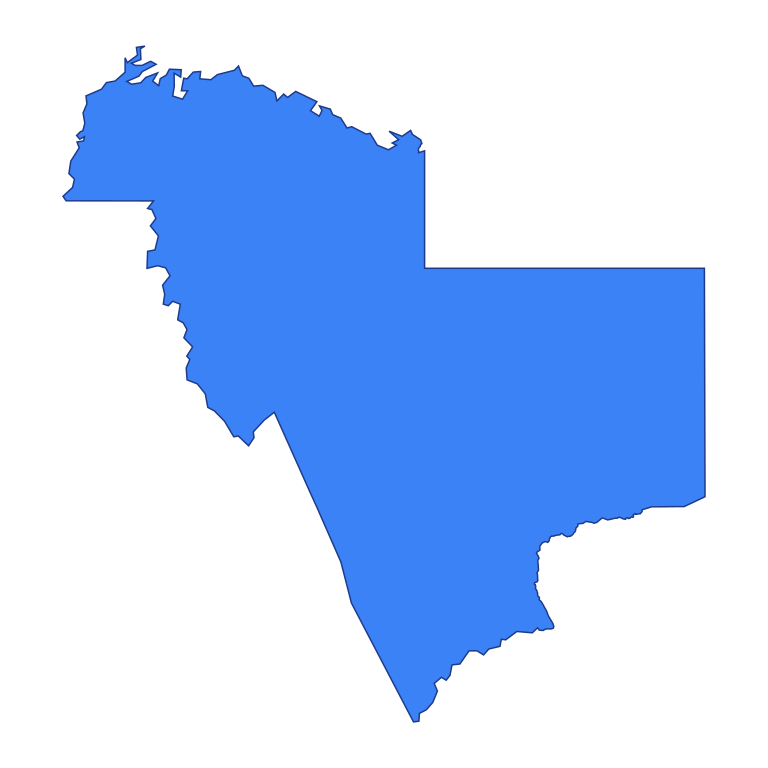 outline of Gila, Arizona, United States of America
{"feature_id": "52423323B99315051552268", "entity_name": "Gila", "entity_type": "district", "adm_level": 2, "iso_a3": "USA", "parent_name": "United States of America", "parent_adm1": "Arizona", "projection": "robinson", "projection_center": [-110.874, 33.741], "detail": "fine", "context": "isolated", "style": "filled", "palette": "blue", "viewbox_px": 768, "rotation_deg": 0, "n_neighbors": 0, "source": "geoboundaries", "source_scale": "gbopen_adm2", "svg_char_len": 3431}
<svg xmlns="http://www.w3.org/2000/svg" viewBox="0 0 768 768"><path d="M125.1,57.8L125.1,72.2L115.2,81.0L106.4,82.6L101.5,89.2L86.0,95.9L86.9,103.9L83.1,112.9L84.8,123.4L82.8,130.8L80.4,131.7L76.6,135.5L79.8,139.2L84.4,136.7L83.6,140.9L77.0,142.0L79.2,147.8L70.8,161.1L68.9,173.6L74.4,179.1L72.6,187.4L63.0,196.3L66.1,200.8L153.5,200.9L147.6,208.5L151.9,209.6L155.9,218.5L150.4,225.9L158.4,235.9L155.0,249.9L147.6,251.3L147.0,268.4L157.6,265.7L165.6,267.8L170.0,275.8L162.6,285.2L164.7,294.3L163.3,304.1L168.3,305.7L172.7,301.3L180.3,304.2L177.7,319.8L183.2,322.8L187.0,329.5L183.9,337.8L192.6,346.9L186.8,356.1L189.8,359.5L186.2,368.0L187.1,379.9L197.4,383.9L205.3,393.9L207.8,407.4L214.4,410.9L224.5,421.2L233.8,436.8L238.3,436.0L248.6,445.8L254.0,437.7L253.3,431.9L264.1,420.2L274.3,412.2L309.7,491.5L316.6,506.6L340.9,562.0L348.1,590.0L351.4,603.0L413.5,721.9L418.9,721.2L419.4,713.4L426.3,709.8L432.8,702.4L437.4,691.1L434.2,683.4L441.4,677.3L446.2,680.2L450.0,675.3L452.0,664.9L459.9,664.0L469.0,650.9L476.9,650.8L483.6,654.9L488.8,649.0L500.0,646.3L501.3,639.3L505.7,639.8L516.8,631.5L532.3,632.8L537.6,627.8L537.9,628.1L539.2,630.1L543.1,630.5L545.5,629.1L548.4,628.8L550.8,629.0L553.2,628.3L553.8,626.6L552.9,623.5L548.4,616.0L546.6,611.1L542.2,603.2L541.3,601.7L539.2,599.7L539.4,597.5L537.6,595.7L537.6,593.3L536.5,589.8L535.3,588.6L535.8,586.9L535.3,584.7L534.6,584.6L534.4,583.0L536.0,582.1L537.3,581.7L537.9,579.9L537.6,579.4L537.6,577.2L537.5,574.9L537.0,572.8L538.5,570.3L538.3,567.1L538.2,564.6L537.8,561.9L537.9,560.1L539.0,558.2L538.2,556.0L537.2,554.6L536.5,552.5L538.0,551.3L539.7,550.4L539.9,549.4L539.9,548.4L539.8,546.2L542.2,543.0L544.6,541.7L546.5,541.8L547.7,542.4L549.0,541.1L549.4,539.1L550.5,536.8L551.8,536.0L553.2,536.2L556.4,535.2L559.9,534.8L560.7,533.6L562.3,533.6L563.8,535.0L567.3,536.8L568.3,536.4L570.8,536.1L573.0,534.3L574.1,532.3L574.7,532.2L575.7,530.2L575.8,528.2L577.8,526.2L577.8,524.1L580.3,523.6L583.1,523.4L585.8,521.4L589.3,522.0L591.7,522.3L594.0,523.2L596.8,522.4L599.7,520.0L602.3,517.9L604.0,518.5L607.7,519.9L611.4,519.1L615.2,518.2L617.4,518.2L618.7,517.1L621.6,518.0L623.0,518.8L625.5,519.3L626.1,518.1L627.5,517.7L628.2,518.5L630.0,518.2L631.3,516.9L633.0,517.3L633.6,516.2L633.1,515.0L635.1,513.6L635.6,514.3L637.1,514.2L637.9,513.9L640.2,513.8L642.1,511.6L642.0,509.8L651.6,506.8L658.3,506.8L675.7,506.6L676.7,506.6L684.1,506.6L705.0,496.7L705.0,482.0L704.9,457.1L704.4,268.3L424.6,268.3L424.6,150.8L418.6,152.7L418.7,151.5L418.4,149.0L418.6,148.3L420.2,146.5L420.4,145.1L421.5,143.8L421.9,143.6L420.6,139.8L412.5,134.5L410.6,130.4L402.1,136.3L389.1,131.2L398.6,139.7L392.2,143.0L396.5,145.2L388.5,149.8L377.3,145.2L370.1,133.3L366.1,134.1L351.7,126.7L347.0,128.0L340.7,118.0L332.7,114.7L330.3,109.1L319.5,105.9L322.0,110.4L319.3,116.2L310.5,110.7L316.9,101.7L295.7,91.4L287.6,97.4L283.7,94.1L276.9,100.9L275.0,92.4L262.9,85.3L253.6,86.1L248.9,78.3L242.3,75.8L238.5,66.0L234.3,70.3L217.4,74.6L210.9,79.7L199.8,78.8L200.6,71.5L193.3,72.1L187.1,78.8L183.7,78.2L181.4,90.8L187.7,90.8L182.5,99.2L172.7,96.0L174.3,86.1L174.1,73.2L180.7,77.1L181.2,69.7L169.4,69.2L166.3,75.1L160.3,78.6L158.7,85.7L152.7,81.1L157.6,72.9L145.7,77.5L140.8,82.8L131.5,84.2L126.8,81.4L138.9,76.2L142.4,71.5L156.1,64.3L150.7,61.3L142.1,65.4L135.2,65.4L131.4,63.3L140.9,59.5L140.4,48.8L144.9,46.1L136.4,47.4L137.5,55.1L127.3,62.6L125.1,57.8Z" fill="#3b82f6" stroke="#1e3a8a" stroke-width="1.5"/></svg>